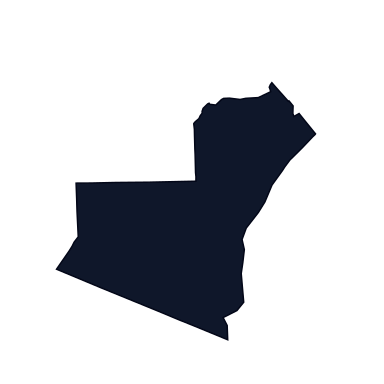 outline of Westchester, New York, United States of America, rotated 210°
{"feature_id": "52423323B83071826775288", "entity_name": "Westchester", "entity_type": "district", "adm_level": 2, "iso_a3": "USA", "parent_name": "United States of America", "parent_adm1": "New York", "projection": "equal_earth", "projection_center": [-73.743, 41.122], "detail": "fine", "context": "isolated", "style": "filled", "palette": "ink", "viewbox_px": 384, "rotation_deg": 210, "n_neighbors": 0, "source": "geoboundaries", "source_scale": "gbopen_adm2", "svg_char_len": 1231}
<svg xmlns="http://www.w3.org/2000/svg" viewBox="0 0 384 384"><g transform="rotate(210 192 192)"><path d="M87.2,81.9L94.8,94.0L102.3,98.8L93.8,111.8L92.1,122.4L101.7,136.1L108.6,146.0L112.7,156.3L117.9,168.3L124.9,175.9L127.0,187.9L124.3,207.4L123.9,219.8L126.2,238.1L124.4,255.8L124.2,260.3L123.2,268.8L122.1,272.6L119.6,281.8L118.6,285.5L115.1,300.1L114.2,303.1L114.1,304.1L130.8,310.5L138.5,313.5L141.5,308.4L143.9,310.4L147.5,317.1L152.2,318.9L153.6,319.4L153.9,318.7L170.5,324.2L177.5,326.6L177.8,324.2L177.5,321.4L176.0,320.2L174.0,318.2L181.8,306.9L192.3,300.0L196.6,296.2L206.5,292.0L211.4,288.9L212.7,286.8L214.9,279.2L220.6,276.8L221.6,277.4L222.5,276.1L224.2,270.0L223.6,266.9L223.5,266.7L222.6,265.4L223.0,262.3L222.7,259.0L224.3,254.5L224.7,252.3L224.4,251.7L221.3,247.5L218.1,242.2L214.1,235.7L211.1,230.8L208.1,226.1L203.1,217.9L198.6,210.5L196.2,207.2L194.0,203.3L207.4,195.2L231.0,180.9L234.1,179.0L241.6,174.6L262.3,162.4L266.6,159.8L283.4,149.6L285.6,148.3L291.2,145.0L295.9,142.3L296.8,141.7L288.4,128.3L281.8,117.6L268.1,96.3L269.0,89.7L268.7,85.1L268.9,79.4L270.5,60.1L270.7,57.4L222.5,63.6L172.1,70.5L164.8,71.5L137.8,75.0L124.6,76.9L87.2,81.9Z" fill="#0f172a" stroke="#020617" stroke-width="1.5"/></g></svg>